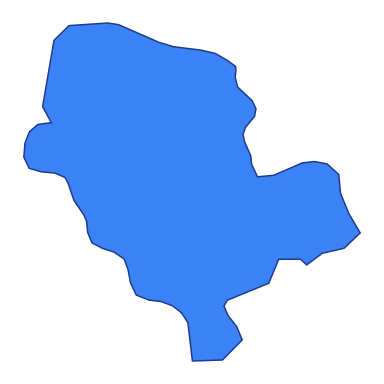 outline of Cibitoke
{"feature_id": "BDI-2638", "entity_name": "Cibitoke", "entity_type": "Province", "adm_level": 1, "iso_a3": "BDI", "parent_name": "Burundi", "parent_adm1": "", "projection": "albers", "projection_center": [29.231, -2.849], "detail": "fine", "context": "isolated", "style": "filled", "palette": "blue", "viewbox_px": 384, "rotation_deg": 0, "n_neighbors": 0, "source": "natural_earth", "source_scale": "10m", "svg_char_len": 963}
<svg xmlns="http://www.w3.org/2000/svg" viewBox="0 0 384 384"><path d="M107.6,23.0L118.4,24.6L158.6,42.2L173.4,46.7L201.4,50.2L215.4,53.5L227.5,60.5L235.6,66.5L236.0,69.6L235.2,77.4L237.5,86.4L237.6,87.0L252.0,100.5L256.0,108.7L254.6,116.3L245.4,127.5L243.1,134.4L244.7,142.1L250.8,155.9L251.6,164.2L257.5,176.8L273.7,175.3L302.3,162.9L314.2,161.5L327.0,163.9L338.8,174.5L340.5,193.2L348.8,213.5L360.2,232.9L344.2,248.2L322.2,253.3L306.7,264.9L300.5,259.2L278.7,259.3L268.8,283.2L227.4,300.2L224.0,306.0L228.1,315.7L236.7,326.5L242.2,339.9L222.5,360.0L192.4,361.0L187.9,322.8L181.7,313.0L172.6,305.9L161.3,301.6L149.0,300.1L136.3,295.1L130.6,283.2L128.0,269.5L124.1,259.0L114.2,252.2L102.1,248.2L91.9,242.8L87.6,232.2L86.6,221.5L83.9,215.0L74.0,200.5L67.9,182.7L65.0,177.5L55.0,173.1L41.2,171.8L29.1,168.3L23.8,157.1L25.0,143.0L29.5,131.7L37.9,124.4L51.4,122.7L42.6,106.7L54.0,40.3L69.0,25.6L107.6,23.0Z" fill="#3b82f6" stroke="#1e3a8a" stroke-width="1.5"/></svg>